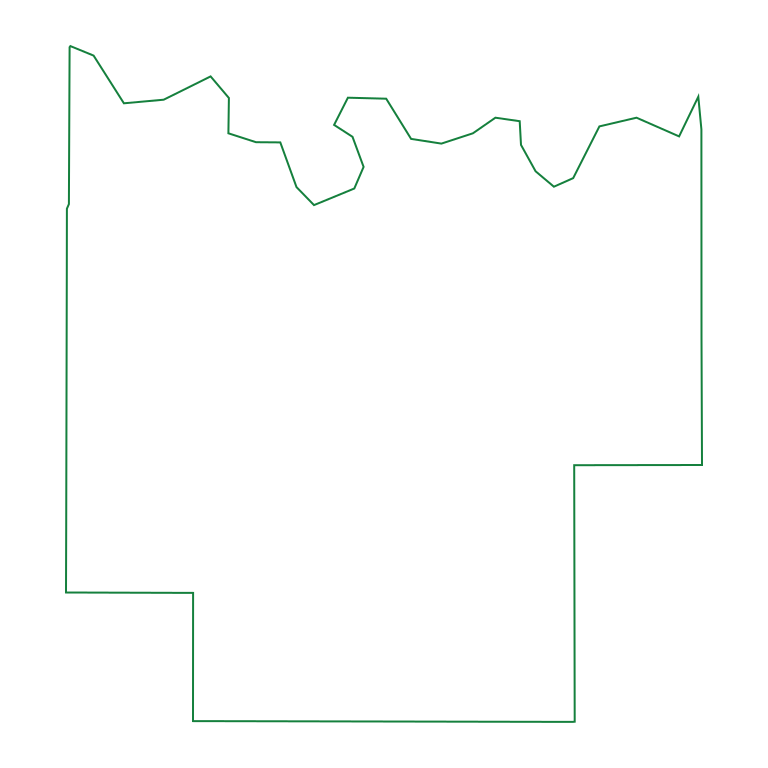 the district of Pontotoc, Oklahoma, United States of America
{"feature_id": "52423323B67548831395162", "entity_name": "Pontotoc", "entity_type": "district", "adm_level": 2, "iso_a3": "USA", "parent_name": "United States of America", "parent_adm1": "Oklahoma", "projection": "albers", "projection_center": [-96.674, 34.735], "detail": "fine", "context": "isolated", "style": "outline", "palette": "green", "viewbox_px": 768, "rotation_deg": 0, "n_neighbors": 0, "source": "geoboundaries", "source_scale": "gbopen_adm2", "svg_char_len": 662}
<svg xmlns="http://www.w3.org/2000/svg" viewBox="0 0 768 768"><path d="M572.5,721.9L574.7,721.7L574.2,465.2L702.0,465.0L701.5,336.3L701.4,144.5L701.4,129.4L698.3,96.7L679.1,136.4L636.5,117.7L599.4,126.4L573.2,178.1L553.9,186.7L535.6,171.3L521.0,144.9L519.7,121.2L495.4,117.7L472.9,133.3L441.4,143.6L411.1,138.9L386.2,98.7L347.9,97.7L334.1,124.9L352.5,136.8L363.6,166.9L354.3,188.5L314.0,205.1L296.5,187.1L280.3,142.4L256.0,142.2L228.4,133.3L228.9,98.0L210.6,76.4L163.7,99.7L123.9,103.3L93.6,55.6L70.4,46.1L69.6,47.2L68.9,204.1L66.9,208.7L66.8,272.1L66.2,528.5L66.0,592.5L193.1,592.9L193.0,721.1L572.5,721.9Z" fill="none" stroke="#15803d" stroke-width="2"/></svg>